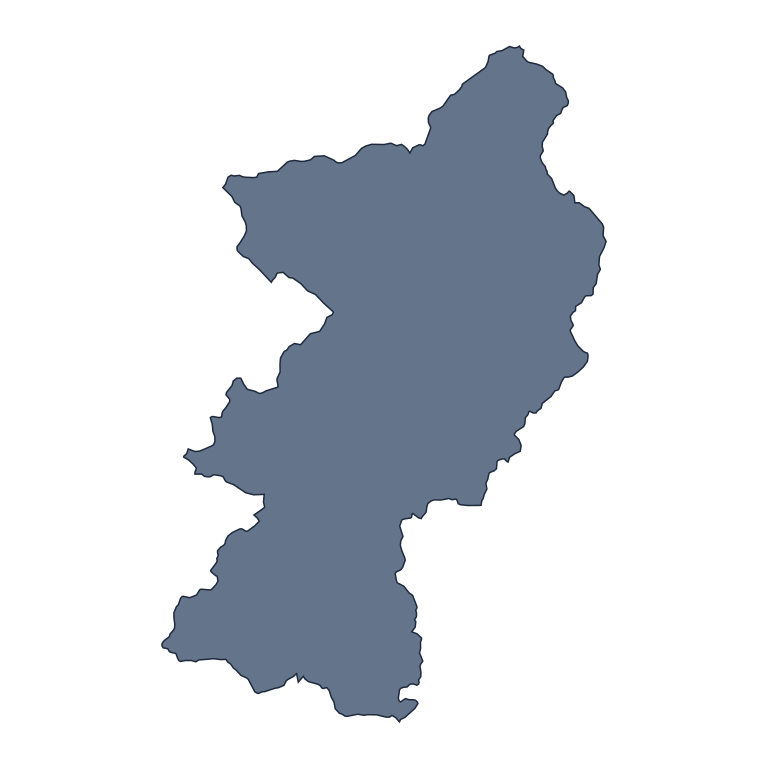 outline of Na Ri, Bắc Kạn, Vietnam
{"feature_id": "81297802B30321615980530", "entity_name": "Na Ri", "entity_type": "district", "adm_level": 2, "iso_a3": "VNM", "parent_name": "Vietnam", "parent_adm1": "Bắc Kạn", "projection": "orthographic", "projection_center": [106.134, 22.162], "detail": "fine", "context": "isolated", "style": "filled", "palette": "slate", "viewbox_px": 768, "rotation_deg": 0, "n_neighbors": 0, "source": "geoboundaries", "source_scale": "gbopen_adm2", "svg_char_len": 6100}
<svg xmlns="http://www.w3.org/2000/svg" viewBox="0 0 768 768"><path d="M188.2,449.0L186.7,453.6L183.7,456.3L183.7,457.1L188.6,460.0L193.0,464.0L196.1,467.8L196.3,468.9L195.0,471.9L194.9,474.1L201.7,474.1L204.5,476.4L207.7,476.8L210.2,476.8L213.8,474.7L220.8,475.8L223.2,476.8L225.4,481.0L226.6,482.0L233.3,484.5L245.6,492.7L253.6,494.8L264.2,494.4L263.5,502.2L264.6,506.8L264.4,507.5L262.1,509.3L253.9,515.0L257.3,518.0L259.3,521.1L254.9,525.7L247.4,531.2L246.1,531.3L242.2,529.0L241.0,528.8L239.6,529.0L232.3,532.5L227.9,536.1L225.7,540.2L225.0,543.6L223.6,545.4L220.7,547.1L217.6,550.7L217.5,552.4L218.2,555.6L216.8,558.5L217.1,560.7L216.7,562.3L210.6,570.5L211.1,571.8L215.5,575.6L217.1,576.2L218.0,581.1L216.0,584.6L212.0,589.0L210.7,590.0L201.1,589.2L199.7,589.8L197.0,594.3L195.9,595.3L189.7,597.7L183.1,596.3L182.1,596.5L180.5,598.4L178.4,604.7L176.4,606.7L173.9,612.7L173.9,617.4L174.8,624.4L174.5,628.3L173.4,630.3L170.1,633.9L169.4,636.6L164.1,640.7L162.5,642.8L161.9,644.3L162.0,645.8L163.1,647.8L167.7,648.7L169.4,651.6L170.7,652.3L175.9,653.5L177.6,658.2L179.0,660.6L180.5,661.5L185.3,660.5L191.4,660.5L195.9,661.8L198.6,660.0L213.8,658.7L220.5,659.6L226.0,659.4L227.6,662.0L230.9,664.3L233.4,668.1L235.7,669.7L241.0,675.4L246.6,677.9L248.3,679.4L254.8,691.8L257.4,693.3L258.6,693.4L262.2,691.8L264.9,691.6L274.7,688.3L278.4,687.7L283.9,685.4L286.2,680.9L287.5,679.7L293.3,676.5L296.6,673.7L298.3,682.1L303.3,676.3L304.8,678.8L308.4,681.6L317.7,684.2L319.9,685.3L322.0,688.1L323.1,688.5L326.8,687.6L329.2,690.6L331.2,697.0L334.0,702.0L335.2,708.7L339.4,713.3L341.6,713.9L345.2,716.2L347.9,716.2L357.8,714.2L363.9,715.3L367.4,714.7L376.5,714.8L385.6,717.0L388.6,717.2L390.0,716.9L391.9,715.4L395.8,717.7L399.4,721.9L400.6,719.5L405.0,717.3L414.8,708.5L417.9,703.6L417.4,702.1L415.7,700.4L414.0,699.8L409.2,699.7L405.4,698.6L400.6,701.9L399.1,700.9L398.3,698.1L399.6,689.7L400.6,688.4L403.2,687.4L407.3,686.9L409.0,684.9L410.5,684.1L413.5,684.0L416.9,685.2L418.5,684.2L419.1,682.4L418.6,679.8L420.8,676.7L420.9,672.1L420.0,666.4L420.7,664.1L422.8,661.1L419.5,652.9L420.6,648.1L420.5,642.0L421.6,639.0L421.4,637.8L417.0,633.8L411.8,631.8L415.2,627.1L415.8,621.6L414.7,620.1L415.0,618.9L416.4,616.8L416.5,612.9L415.7,610.3L416.9,607.9L416.8,606.3L412.7,595.5L409.0,592.8L403.8,586.2L397.3,582.8L396.5,580.9L395.2,573.5L396.4,571.8L400.6,570.0L402.7,567.3L405.2,560.2L404.8,558.0L401.6,550.1L400.3,545.2L400.8,540.7L403.0,536.5L399.7,526.1L401.7,520.3L402.8,519.4L404.7,518.9L410.6,518.0L411.5,517.4L412.2,513.7L412.7,513.5L418.5,517.8L421.3,518.6L422.1,516.9L426.1,512.2L426.9,506.5L427.8,503.6L430.9,501.1L433.9,499.9L440.9,500.0L449.0,498.5L451.8,499.7L456.0,499.1L456.9,499.9L458.2,503.7L460.3,504.7L467.9,505.5L481.0,505.4L481.8,500.7L483.1,498.8L484.3,494.3L486.9,489.0L485.9,483.2L487.8,479.2L488.8,474.0L489.8,472.5L494.2,470.8L496.5,468.7L497.0,461.9L498.0,460.4L502.2,458.9L504.2,458.8L507.2,461.8L508.2,462.0L509.4,457.4L514.7,453.8L520.2,451.3L521.2,445.7L518.9,439.6L514.4,435.0L514.4,434.0L516.4,431.2L523.6,426.6L524.8,423.9L525.4,417.7L528.0,414.5L528.9,411.7L530.2,411.4L533.1,413.0L535.9,413.0L537.3,411.0L541.1,408.1L542.3,403.4L551.0,396.5L554.8,390.9L557.8,390.0L558.8,389.2L561.3,382.3L563.9,377.8L565.0,377.1L568.0,377.1L572.4,376.0L577.9,372.0L583.3,367.1L587.4,361.3L588.1,356.3L587.8,354.0L587.1,352.9L586.0,352.8L583.1,351.2L577.8,345.8L574.9,341.0L570.3,331.1L570.2,330.1L573.2,325.7L573.0,324.4L570.9,320.3L570.4,316.1L573.0,312.4L575.5,310.7L575.7,306.3L581.4,302.8L584.9,296.5L586.1,295.8L591.1,295.6L593.0,294.2L593.3,287.5L596.1,283.8L597.6,274.2L600.4,269.4L598.9,264.9L599.5,256.6L604.0,247.8L606.1,241.4L603.1,235.7L603.6,227.2L602.3,223.9L589.1,208.4L584.4,206.6L579.1,202.7L574.9,202.9L573.9,195.5L569.6,191.2L569.0,191.2L567.2,193.2L563.7,195.1L559.5,193.0L557.4,191.0L555.3,187.9L551.6,178.5L547.4,174.1L547.0,171.1L545.9,169.3L545.3,166.6L542.1,162.6L540.3,158.0L540.3,155.8L543.3,150.8L542.2,146.4L542.4,142.3L547.5,134.0L547.5,131.9L548.6,128.5L550.6,125.8L553.0,123.6L553.4,122.7L553.0,120.6L556.7,115.4L560.6,113.4L562.5,108.4L564.1,107.0L567.3,105.6L568.4,102.6L568.3,100.7L566.7,97.5L565.6,91.8L562.6,87.9L555.5,83.4L555.0,81.0L553.4,77.8L553.3,75.4L552.7,74.2L545.7,69.4L542.6,66.3L536.8,64.1L528.4,62.2L526.9,61.2L522.7,56.4L523.8,50.1L520.9,48.5L519.4,46.1L517.1,47.5L514.1,47.9L509.5,46.5L502.1,50.6L496.8,51.5L494.9,53.3L490.0,55.0L489.0,55.9L488.1,61.5L485.4,67.6L462.3,84.2L461.9,86.3L459.5,89.7L454.4,94.4L450.6,95.2L443.1,106.0L440.1,108.1L432.0,111.5L429.1,115.3L428.3,117.8L428.4,122.4L430.6,127.2L430.5,128.6L424.8,144.4L422.6,145.8L420.9,144.9L419.0,144.8L412.7,147.8L409.9,153.0L407.4,149.3L404.3,146.3L401.5,144.4L396.6,145.7L390.9,143.2L384.2,144.5L371.6,144.3L365.6,146.1L361.5,148.4L355.3,155.5L341.7,162.8L338.3,162.9L336.3,162.2L333.7,160.1L324.2,155.8L314.5,156.4L310.4,159.9L304.2,161.3L301.1,161.4L294.4,160.4L289.5,161.2L287.2,162.2L277.4,171.3L268.8,171.8L258.6,173.5L256.7,177.2L253.3,177.6L245.0,177.2L242.7,176.8L239.5,175.4L234.0,176.0L231.2,175.2L228.0,177.2L225.6,184.1L222.8,187.6L232.0,196.6L234.7,202.3L240.0,206.1L240.9,208.2L242.0,216.0L245.4,222.4L246.3,225.9L246.4,231.1L244.2,236.1L239.6,243.4L237.0,246.6L237.1,249.8L238.3,251.8L243.2,256.4L248.8,258.7L252.3,263.1L259.7,269.9L271.3,282.3L272.6,280.1L275.4,277.1L276.8,273.7L278.0,272.9L283.2,272.4L289.0,277.6L292.9,278.1L300.8,283.6L307.6,290.9L315.5,294.5L323.5,303.0L333.0,311.6L333.4,312.5L332.0,314.8L326.9,317.4L324.6,323.8L319.6,331.4L310.4,333.7L300.6,344.7L294.4,343.5L289.2,346.6L286.8,350.1L284.2,351.4L280.5,358.0L280.0,364.0L280.1,372.0L277.1,378.5L276.9,380.0L278.1,385.9L277.6,387.2L265.9,390.9L262.3,392.9L259.2,393.5L255.1,391.3L247.3,389.3L243.7,384.1L240.8,378.2L236.9,378.1L233.3,380.9L232.1,385.4L226.6,392.3L226.0,394.3L226.1,395.0L229.6,399.1L229.8,401.4L225.9,407.6L223.0,411.0L222.2,412.7L221.5,417.0L219.0,417.6L212.9,416.5L211.5,416.7L210.3,417.8L212.2,423.9L212.9,431.1L214.8,436.5L214.9,441.6L213.9,443.9L213.0,445.2L210.0,446.7L199.6,451.1L195.0,451.5L188.2,449.0Z" fill="#64748b" stroke="#1e293b" stroke-width="1.5"/></svg>